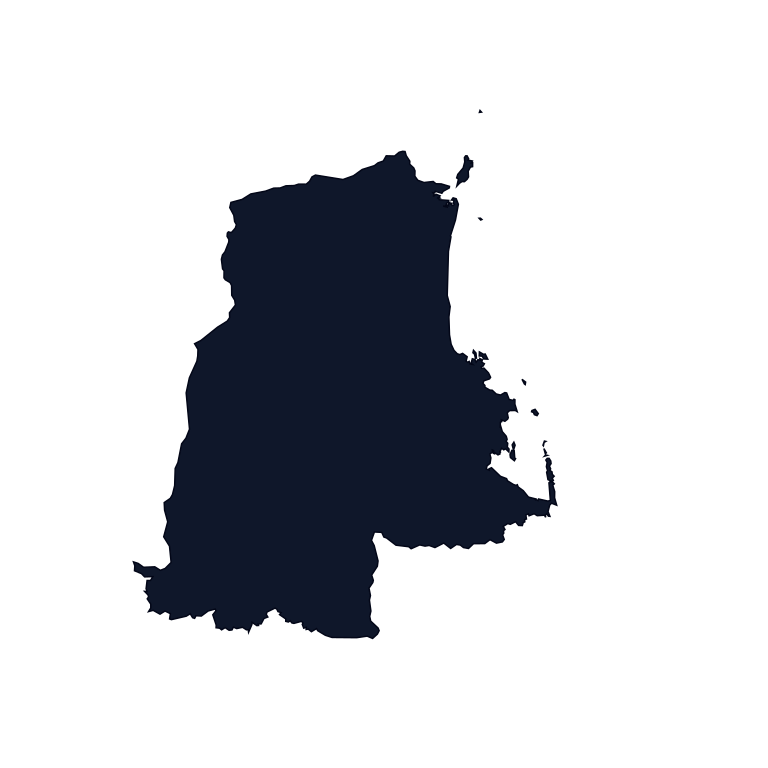 Minahasa Tenggara, Sulawesi Utara, Indonesia, rotated 288°
{"feature_id": "22746128B38105670760260", "entity_name": "Minahasa Tenggara", "entity_type": "district", "adm_level": 2, "iso_a3": "IDN", "parent_name": "Indonesia", "parent_adm1": "Sulawesi Utara", "projection": "orthographic", "projection_center": [124.764, 0.982], "detail": "fine", "context": "isolated", "style": "filled", "palette": "ink", "viewbox_px": 768, "rotation_deg": 288, "n_neighbors": 0, "source": "geoboundaries", "source_scale": "gbopen_adm2", "svg_char_len": 6177}
<svg xmlns="http://www.w3.org/2000/svg" viewBox="0 0 768 768"><g transform="rotate(288 384 384)"><path d="M309.4,582.7L313.4,579.4L320.1,579.0L322.4,580.2L322.1,585.7L328.5,581.4L334.4,579.6L339.9,575.8L341.7,576.8L342.4,575.5L342.6,572.2L341.0,571.4L324.6,578.2L323.3,576.1L322.4,566.5L320.7,566.5L321.1,564.3L320.1,563.2L321.6,563.9L321.1,556.3L325.6,549.4L327.5,543.5L329.4,541.9L328.4,540.9L328.4,538.3L330.1,531.4L331.9,529.8L332.2,523.3L337.6,512.1L335.8,510.1L334.5,510.8L334.8,507.5L338.0,507.3L341.3,509.4L346.7,508.5L350.1,506.3L352.9,508.3L354.7,507.4L354.6,508.8L351.9,509.3L351.8,510.8L353.0,510.7L351.8,514.3L353.3,515.9L355.0,515.2L354.9,516.3L355.7,515.1L359.3,515.8L358.4,518.2L359.9,519.7L357.9,523.8L360.8,523.0L362.1,520.8L365.9,520.0L367.1,517.9L369.4,518.2L372.1,516.4L375.3,511.2L380.0,508.0L378.2,508.1L383.6,506.5L384.6,507.6L386.2,506.7L385.9,510.5L388.7,512.4L390.3,512.6L394.7,510.1L397.5,511.7L399.4,517.1L398.9,519.2L405.3,514.7L409.5,513.4L409.7,512.3L408.3,511.8L408.0,507.8L413.4,503.4L413.2,501.6L409.5,498.2L409.2,493.8L411.5,488.9L410.9,486.5L412.1,481.0L413.8,480.4L415.2,477.9L417.9,478.0L421.5,482.8L423.3,483.3L426.8,480.0L430.0,474.2L429.0,471.9L430.6,471.0L431.7,472.7L434.3,473.2L434.9,470.3L437.4,470.0L437.8,467.3L436.3,468.3L436.2,465.8L433.2,464.9L435.4,462.8L435.3,460.2L430.9,460.4L430.0,462.4L429.5,459.7L431.8,458.0L430.5,456.9L431.1,455.0L435.6,454.7L437.4,449.3L435.4,447.0L435.4,444.3L437.6,440.2L442.5,435.6L451.0,431.1L467.8,425.0L478.1,423.0L487.7,416.8L530.1,404.3L544.7,402.2L545.4,401.4L562.0,401.3L577.9,399.2L582.5,395.4L582.4,392.2L579.8,391.3L580.4,393.8L577.2,394.2L576.6,395.4L575.3,394.9L574.8,393.4L576.7,392.5L575.5,391.6L576.9,390.7L574.7,389.5L573.4,390.3L573.5,388.5L571.7,389.5L571.4,385.3L572.8,387.8L575.5,387.6L576.7,389.3L578.6,388.9L576.3,379.6L577.3,378.9L577.3,376.9L578.2,379.8L578.9,378.7L580.3,379.2L580.5,375.0L577.5,372.8L579.7,373.2L581.1,371.3L581.6,373.2L583.1,373.2L583.3,380.1L585.5,380.7L590.7,385.5L592.2,385.2L592.0,376.6L590.5,371.5L591.8,368.2L588.0,359.8L588.2,353.2L591.2,349.1L596.3,347.6L598.7,345.5L601.0,340.5L603.9,339.7L608.0,334.6L611.6,332.2L611.1,329.9L609.1,326.8L604.1,323.6L601.7,315.6L595.8,314.4L592.5,310.0L588.7,307.4L581.3,297.0L572.6,290.6L565.8,281.8L561.5,254.2L558.7,251.5L553.9,250.6L550.0,248.3L547.7,241.0L545.0,237.3L542.2,229.5L538.3,224.6L536.2,218.6L530.8,211.7L523.6,198.6L515.7,192.0L509.4,182.3L504.1,182.8L498.1,189.0L492.4,191.7L489.9,194.4L486.3,194.4L481.8,192.5L480.8,191.9L480.6,189.0L479.1,188.4L476.0,189.1L473.4,191.9L470.9,192.5L460.6,191.9L456.8,190.5L452.4,190.8L443.6,194.9L442.3,196.9L435.5,199.0L434.1,200.9L432.9,206.3L430.6,208.6L421.3,211.8L417.6,216.1L413.2,218.3L404.0,215.0L399.5,216.7L395.4,215.5L386.7,208.2L368.8,196.4L363.8,191.4L359.4,196.4L353.1,198.2L347.8,199.0L329.7,197.0L314.4,198.6L280.9,213.0L271.3,212.4L264.6,210.0L245.6,212.3L239.2,211.5L222.7,216.3L213.5,217.0L209.2,216.1L203.3,211.6L196.2,214.3L186.1,220.9L170.6,221.7L163.5,230.1L148.5,236.7L141.0,232.9L137.7,228.9L139.3,222.5L135.4,212.0L137.4,205.6L137.4,200.7L134.1,203.2L129.3,204.4L128.7,212.0L126.6,215.9L129.4,223.7L125.0,222.6L123.9,219.4L115.8,221.0L113.5,222.8L112.8,220.4L110.5,224.7L108.9,225.9L106.5,225.2L102.6,230.2L98.9,231.4L94.8,230.4L97.4,234.4L95.9,242.1L100.4,245.9L99.6,251.8L94.3,252.7L94.2,254.6L102.1,267.7L105.6,270.7L102.6,274.2L102.6,276.3L105.5,276.8L106.9,282.0L113.8,286.9L117.8,293.0L116.5,294.3L111.6,292.5L102.9,298.9L100.3,299.6L101.0,303.2L100.0,305.5L103.2,308.2L101.9,312.8L103.1,315.4L106.2,315.9L105.9,319.5L108.9,324.7L107.7,329.1L108.4,330.8L106.1,331.9L114.4,332.7L116.6,332.1L114.9,337.7L115.6,339.3L116.9,338.4L117.9,341.3L123.9,342.3L126.5,345.5L128.5,343.2L131.0,343.2L137.2,349.6L136.8,351.6L134.8,353.5L134.8,356.8L132.4,355.9L130.2,363.2L127.9,363.9L128.1,366.6L129.8,368.0L128.3,370.2L128.5,372.3L132.8,378.9L131.6,380.9L130.2,380.5L127.0,383.1L128.6,385.3L126.5,385.8L127.5,387.7L126.0,391.5L130.5,395.4L128.9,397.2L126.9,405.8L126.9,412.9L134.3,436.4L139.0,445.9L138.5,451.8L144.1,455.0L147.9,455.6L150.1,453.8L154.4,444.6L158.6,442.2L164.0,441.7L174.0,436.9L178.6,436.5L185.2,432.8L191.7,434.7L194.0,434.5L198.5,431.3L208.6,434.0L213.9,433.0L227.3,424.6L231.4,420.4L240.3,420.6L242.2,427.7L238.4,431.2L238.4,433.9L234.4,445.2L236.9,457.8L235.7,460.7L242.0,467.7L242.5,473.1L244.4,476.8L244.2,483.0L251.2,490.0L248.2,498.2L253.8,502.5L254.4,506.4L253.0,510.1L253.7,515.2L259.8,518.5L263.4,529.2L268.7,532.9L267.4,540.1L270.4,545.4L273.3,546.4L277.2,543.4L279.1,544.0L281.4,543.0L283.0,544.0L285.4,541.4L289.5,544.8L289.6,547.5L293.7,551.7L291.1,555.7L292.1,559.3L295.2,559.2L296.4,560.5L298.6,559.6L299.6,561.2L303.2,559.4L305.2,561.4L303.5,562.7L307.0,566.9L306.1,570.4L308.8,577.1L307.2,578.9L309.5,578.0L310.9,578.8L309.1,581.2L309.4,582.7ZM606.2,389.4L602.5,389.4L601.8,391.5L594.7,392.1L598.3,393.8L600.6,395.6L601.3,398.0L604.4,399.8L607.1,400.4L612.5,398.3L617.0,399.2L618.1,401.1L621.9,399.9L621.2,398.6L623.4,399.1L622.9,394.6L624.4,394.9L626.7,392.5L626.2,391.1L624.2,390.5L620.1,392.2L613.9,392.5L606.2,389.4ZM363.7,562.2L361.7,561.4L359.8,563.4L355.5,564.0L352.0,566.4L350.4,565.9L343.7,569.5L343.2,574.1L344.6,574.9L346.4,573.1L348.9,574.3L350.1,572.0L352.4,570.9L353.1,568.5L354.8,568.7L357.1,566.7L359.9,567.5L362.3,566.4L364.3,564.0L363.7,562.2ZM360.4,526.1L355.7,525.7L353.1,527.0L351.3,531.7L353.7,532.2L354.0,531.2L360.9,528.4L360.4,526.1ZM444.0,464.8L440.1,465.9L440.8,468.9L438.6,471.0L439.7,475.0L443.8,471.0L443.0,469.5L444.0,464.8ZM406.6,535.5L404.5,532.9L403.2,532.9L403.1,534.9L401.3,536.5L401.2,539.3L403.5,539.9L406.6,535.5ZM443.7,458.7L441.2,458.9L440.4,460.8L436.4,463.2L437.2,463.9L441.9,461.9L443.7,458.7ZM368.8,525.5L365.7,524.7L361.2,527.6L366.3,527.6L368.8,525.5ZM427.1,518.5L429.6,518.1L431.1,513.8L427.4,517.5L427.1,518.5ZM368.7,559.7L372.0,556.0L367.6,558.9L368.7,559.7ZM570.7,426.3L571.5,424.5L571.0,423.2L569.8,425.3L570.7,426.3ZM673.8,390.8L671.8,390.8L672.7,392.7L673.8,390.8ZM379.3,554.2L374.9,554.1L374.5,554.7L377.9,554.3L379.4,555.6L379.3,554.2ZM366.5,559.7L365.0,559.0L366.6,561.3L366.5,559.7Z" fill="#0f172a" stroke="#020617" stroke-width="1.5"/></g></svg>